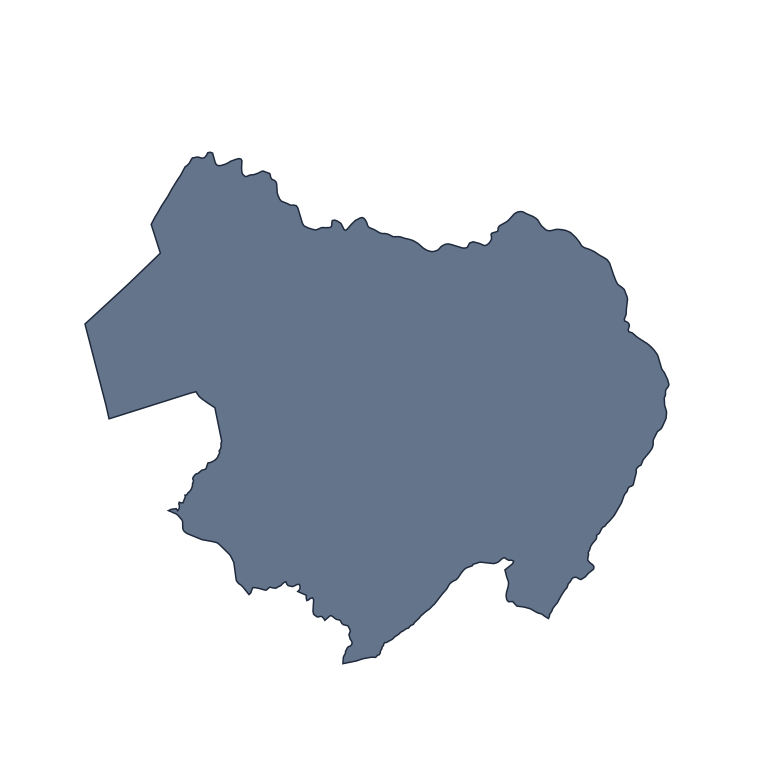 Matungulu, Eastern, Kenya, rotated 74°
{"feature_id": "3690345B24621984513520", "entity_name": "Matungulu", "entity_type": "district", "adm_level": 2, "iso_a3": "KEN", "parent_name": "Kenya", "parent_adm1": "Eastern", "projection": "orthographic", "projection_center": [37.26, -1.206], "detail": "fine", "context": "isolated", "style": "filled", "palette": "slate", "viewbox_px": 768, "rotation_deg": 74, "n_neighbors": 0, "source": "geoboundaries", "source_scale": "gbopen_adm2", "svg_char_len": 6170}
<svg xmlns="http://www.w3.org/2000/svg" viewBox="0 0 768 768"><g transform="rotate(74 384 384)"><path d="M219.0,366.7L221.6,371.5L224.9,376.5L225.7,378.4L224.6,379.8L219.2,380.8L217.7,381.2L214.5,383.9L212.9,386.1L212.6,388.6L214.6,389.7L217.0,390.4L218.4,391.6L218.6,393.4L217.3,398.2L216.7,399.6L216.5,401.3L217.1,405.7L217.1,407.3L215.6,410.0L213.5,413.3L210.3,417.0L208.6,417.8L206.4,418.1L191.1,418.3L188.4,419.2L187.1,421.5L186.5,424.1L185.4,425.7L184.2,426.8L180.0,432.2L177.6,433.3L173.3,433.9L170.7,433.9L162.0,432.0L160.0,432.1L158.2,433.1L156.3,435.3L154.0,436.0L152.1,435.7L150.2,435.8L145.9,441.6L145.9,443.1L146.6,446.8L146.9,451.3L146.2,454.9L146.3,456.6L146.7,458.5L146.2,460.4L143.3,462.1L141.2,462.2L137.2,461.4L130.1,459.0L128.2,459.6L127.3,461.5L127.2,464.4L127.7,470.6L128.3,472.1L129.0,476.3L129.0,480.0L128.8,482.0L127.9,483.9L126.6,484.8L124.3,485.2L114.8,485.1L113.2,487.4L113.2,489.8L115.0,491.4L116.5,493.3L117.0,495.0L116.7,496.9L114.7,499.9L114.1,502.4L114.2,504.2L113.8,505.8L115.2,507.5L118.1,510.3L119.8,513.3L120.3,515.2L127.4,522.1L130.8,526.2L137.7,533.8L144.1,540.2L151.5,548.8L156.8,554.1L160.1,557.8L166.4,563.8L196.6,562.9L218.1,603.5L243.9,654.9L327.8,657.1L341.7,657.9L339.4,572.7L339.6,566.8L341.3,566.4L345.1,565.1L348.2,563.1L354.4,558.1L360.2,553.1L394.6,555.8L395.8,557.0L399.4,557.9L401.2,559.0L402.9,561.0L404.4,560.8L405.8,561.7L406.9,562.9L408.7,564.3L410.2,566.7L411.0,568.8L411.6,572.2L411.3,574.9L414.4,577.2L416.0,578.0L416.8,580.0L416.6,582.9L418.6,587.2L418.7,589.9L420.8,593.0L422.4,594.0L424.8,593.8L426.7,595.4L428.8,596.1L430.6,597.2L432.3,598.6L433.8,600.6L434.8,602.8L436.3,604.2L436.0,606.0L437.7,606.1L442.7,609.9L442.4,611.7L441.2,613.4L442.5,614.3L444.4,614.3L446.2,614.7L447.7,615.7L448.9,617.3L446.6,618.0L445.8,623.1L446.3,626.1L451.7,619.5L453.2,618.4L459.0,615.7L460.5,615.5L467.3,617.2L469.6,617.1L471.4,616.2L473.5,614.5L483.5,601.8L487.9,592.8L490.2,588.8L491.3,587.6L493.4,586.2L505.2,579.5L507.4,578.8L512.6,577.8L514.5,577.6L531.1,580.0L532.7,580.0L535.7,578.8L537.9,576.9L540.0,575.7L549.2,571.8L548.1,569.6L544.9,567.4L543.6,566.2L544.4,563.7L545.8,560.9L549.2,555.4L549.7,554.0L547.8,549.8L549.6,546.6L550.5,544.1L549.9,542.0L549.3,538.5L548.2,536.9L547.3,534.9L547.0,532.8L549.5,532.6L551.4,531.7L553.5,527.9L553.4,525.9L552.7,522.5L553.3,520.7L555.5,520.4L557.4,521.2L558.8,522.4L559.7,524.1L565.7,516.9L567.9,517.7L570.9,517.9L570.7,515.8L569.9,514.2L569.8,511.6L572.0,511.1L582.8,514.9L586.0,515.1L589.3,512.7L589.9,511.2L589.8,509.6L590.3,508.0L592.2,506.8L594.9,506.0L592.6,501.2L591.8,499.1L593.2,497.6L596.5,495.3L597.8,493.6L598.5,491.7L600.1,491.0L602.5,490.5L604.1,489.5L606.5,485.3L609.8,484.6L612.1,484.4L613.8,485.6L615.2,486.8L620.0,486.8L621.9,486.1L624.2,486.0L625.7,487.1L626.6,488.5L626.7,490.6L627.5,492.0L630.5,494.7L632.5,495.5L634.1,497.3L635.7,498.5L641.5,500.6L642.6,487.1L642.3,479.9L642.6,476.6L643.2,471.0L644.5,467.4L643.0,465.0L642.9,463.1L641.4,461.7L639.4,460.8L638.1,459.2L636.1,458.1L635.4,456.7L633.9,456.0L632.8,454.6L633.2,453.1L631.7,446.5L630.9,444.8L630.0,443.6L628.8,439.3L627.1,436.1L626.7,434.0L625.3,429.8L625.4,427.8L623.6,425.1L623.2,422.0L621.7,420.4L618.7,414.6L617.4,413.1L614.5,407.0L612.6,401.9L610.6,398.5L609.6,396.3L602.1,386.1L598.4,380.3L594.5,376.3L593.2,373.9L592.3,370.7L592.1,368.7L590.7,366.2L586.8,361.6L584.9,358.8L583.9,357.0L583.4,355.0L583.1,349.3L581.8,347.8L581.9,344.3L581.6,341.8L582.1,339.7L586.8,328.3L587.0,326.0L586.6,323.1L584.1,317.8L584.3,315.8L586.2,314.5L587.9,312.6L588.5,310.0L590.1,308.3L591.7,309.4L592.6,310.7L596.0,319.0L603.4,319.2L608.2,318.9L609.8,319.2L612.6,320.3L617.9,323.6L620.6,324.8L622.8,325.3L625.3,325.4L627.6,324.4L628.6,320.3L634.1,317.5L637.0,310.9L640.4,305.3L646.2,299.6L648.6,295.8L651.5,293.6L654.8,290.6L653.0,289.1L651.2,288.3L648.6,285.3L646.4,283.7L644.4,281.1L642.2,277.8L636.1,271.8L632.2,267.3L630.3,264.3L626.7,261.8L625.6,259.7L622.6,256.5L622.3,253.9L623.3,251.7L625.0,250.4L626.3,248.6L624.8,243.5L622.4,239.9L619.7,233.5L617.4,232.5L615.3,233.2L612.6,235.3L609.7,236.7L608.1,236.3L603.9,234.2L602.4,234.3L600.2,232.1L596.9,230.0L594.8,227.6L591.7,222.9L589.7,221.7L587.9,221.3L587.4,219.3L586.7,218.0L582.9,214.5L582.0,213.2L581.6,211.0L579.7,208.5L577.8,204.9L573.7,198.8L563.6,188.4L557.7,184.2L555.9,182.5L554.9,180.8L553.6,179.4L551.8,178.4L550.5,176.5L550.4,174.2L549.7,172.3L538.3,165.7L535.7,165.2L534.2,163.5L533.3,161.7L532.8,159.3L528.2,155.7L522.5,147.3L519.9,144.2L517.9,142.7L516.0,141.8L512.3,140.8L510.0,138.8L505.2,134.4L503.4,130.0L502.1,128.5L494.9,122.4L489.8,120.4L488.0,120.0L481.7,120.1L474.5,118.4L472.9,116.9L471.1,116.1L469.1,115.6L467.1,114.5L465.0,111.6L463.2,110.3L458.3,110.1L450.3,111.4L446.8,112.7L445.0,112.9L433.3,112.9L431.2,113.1L425.9,115.0L421.8,117.1L417.2,120.2L415.7,121.7L409.5,127.1L407.4,128.6L403.3,131.2L401.2,134.3L399.2,134.3L396.0,132.3L394.4,131.8L392.6,132.4L391.0,133.6L389.8,135.3L387.9,135.1L383.9,132.1L378.4,130.2L369.6,126.5L367.1,126.3L359.4,127.0L356.9,128.5L353.0,131.6L351.1,132.2L348.5,132.7L341.4,133.3L330.0,133.8L326.3,135.1L324.8,136.2L319.3,141.6L315.0,145.1L311.3,149.3L308.2,153.8L306.2,155.6L304.0,156.4L301.8,156.9L296.1,159.2L290.0,162.8L288.5,164.4L286.2,167.4L284.9,170.0L283.5,173.4L282.8,176.0L282.6,181.2L282.1,183.4L280.7,185.7L276.0,188.7L273.9,189.6L268.9,190.9L267.2,191.9L264.4,194.2L259.2,200.6L257.5,202.2L256.6,203.4L255.8,205.4L255.5,207.9L255.9,210.4L256.6,212.2L260.8,219.1L261.8,221.3L263.8,229.5L265.3,231.2L267.1,231.8L268.6,232.7L268.7,238.6L269.7,239.9L272.0,240.1L274.4,240.7L277.1,243.5L278.2,245.5L278.8,247.5L278.6,249.4L275.2,253.5L271.8,259.2L272.1,262.9L275.5,266.1L275.8,268.1L275.0,270.9L268.4,281.0L267.0,283.7L266.6,286.4L267.0,289.1L267.6,291.1L269.9,294.8L270.3,296.7L270.3,299.7L269.8,302.0L267.8,305.2L266.7,306.5L264.0,308.9L258.4,312.5L255.4,315.2L253.9,316.8L251.8,320.0L249.5,324.2L247.2,327.5L246.3,329.6L245.0,334.5L241.4,338.4L240.4,340.0L239.5,341.9L239.0,343.9L237.6,346.4L232.7,351.0L231.3,352.9L229.1,355.4L227.6,356.0L224.2,356.1L221.2,356.7L219.2,357.6L218.0,359.0L217.8,361.1L219.0,366.7Z" fill="#64748b" stroke="#1e293b" stroke-width="1.5"/></g></svg>